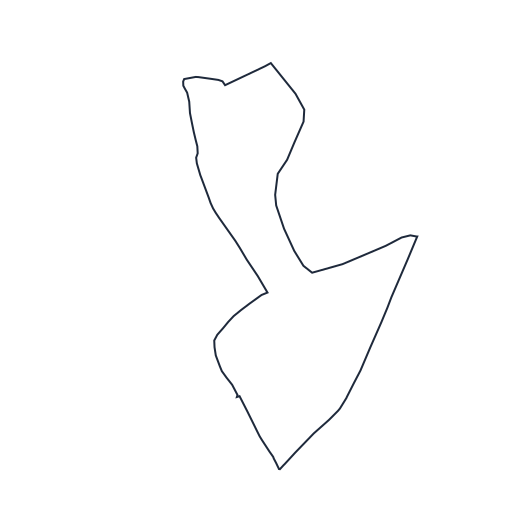 Bella Rosa, Gros Islet, Saint Lucia, rotated 208°
{"feature_id": "8701671B93449908484695", "entity_name": "Bella Rosa", "entity_type": "district", "adm_level": 2, "iso_a3": "LCA", "parent_name": "Saint Lucia", "parent_adm1": "Gros Islet", "projection": "natural_earth1", "projection_center": [-60.945, 14.077], "detail": "fine", "context": "isolated", "style": "outline", "palette": "slate", "viewbox_px": 512, "rotation_deg": 208, "n_neighbors": 0, "source": "geoboundaries", "source_scale": "gbopen_adm2", "svg_char_len": 1400}
<svg xmlns="http://www.w3.org/2000/svg" viewBox="0 0 512 512"><g transform="rotate(208 256 256)"><path d="M206.7,122.5L204.7,124.5L190.1,114.3L187.6,112.5L178.4,105.9L173.3,102.2L168.1,98.5L164.2,96.2L152.4,89.7L146.5,86.7L145.2,85.5L142.4,83.6L140.8,82.5L138.0,80.4L136.2,79.1L135.8,78.7L134.8,79.0L133.4,84.5L133.1,85.3L130.7,94.5L129.1,100.7L121.7,126.5L114.6,145.6L110.9,157.8L110.3,160.7L109.5,173.2L109.6,174.0L109.9,189.8L110.0,203.9L112.2,229.2L114.2,256.1L115.7,272.0L117.1,283.2L120.5,324.4L122.8,348.9L123.4,348.6L129.4,346.7L136.1,340.7L146.2,325.9L160.6,308.1L175.8,289.4L198.6,267.6L209.5,269.6L224.7,278.5L244.1,293.3L261.9,310.1L267.8,319.0L275.4,338.8L273.7,355.6L275.4,374.3L277.1,397.0L282.1,407.9L297.3,417.8L333.5,433.3L337.1,427.8L363.5,392.3L367.6,394.5L371.9,393.8L378.9,391.3L390.9,386.9L393.3,385.8L402.5,378.5L402.2,375.8L400.1,372.2L398.6,371.2L397.6,370.5L393.5,367.9L387.4,360.9L381.4,351.2L374.8,343.1L369.0,336.1L363.7,330.1L359.3,325.3L355.7,319.3L355.0,314.7L351.7,310.0L343.0,301.1L341.7,300.0L325.1,285.3L321.0,281.5L316.3,277.9L312.0,275.3L306.2,272.2L281.4,259.7L274.2,255.6L262.4,248.4L245.0,239.1L228.7,229.1L232.8,224.2L239.3,211.0L243.8,201.3L247.5,192.5L249.5,185.1L251.2,176.7L253.2,168.3L253.2,161.8L249.8,156.0L244.8,149.3L236.2,141.7L232.1,138.3L225.0,134.8L216.6,131.1L207.1,124.6L206.7,122.5Z" fill="none" stroke="#1e293b" stroke-width="2"/></g></svg>